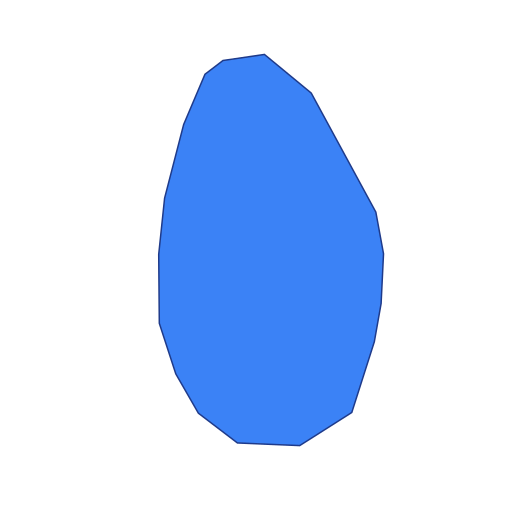 Chongnam, P'yŏngan-namdo, North Korea (Albers equal-area conic projection), rotated 151°
{"feature_id": "82179303B42180748236160", "entity_name": "Chongnam", "entity_type": "district", "adm_level": 2, "iso_a3": "PRK", "parent_name": "North Korea", "parent_adm1": "P'yŏngan-namdo", "projection": "albers", "projection_center": [125.451, 39.479], "detail": "fine", "context": "isolated", "style": "filled", "palette": "blue", "viewbox_px": 512, "rotation_deg": 151, "n_neighbors": 0, "source": "geoboundaries", "source_scale": "gbopen_adm2", "svg_char_len": 397}
<svg xmlns="http://www.w3.org/2000/svg" viewBox="0 0 512 512"><g transform="rotate(151 256 256)"><path d="M190.1,443.0L212.5,439.7L255.5,406.1L307.9,350.9L340.3,304.6L373.2,244.0L383.3,191.8L382.6,146.4L362.9,101.5L309.7,69.0L248.1,72.7L194.1,123.6L169.6,153.8L143.4,196.1L129.9,236.3L129.3,304.0L128.7,371.7L150.9,428.2L190.1,443.0Z" fill="#3b82f6" stroke="#1e3a8a" stroke-width="1.5"/></g></svg>